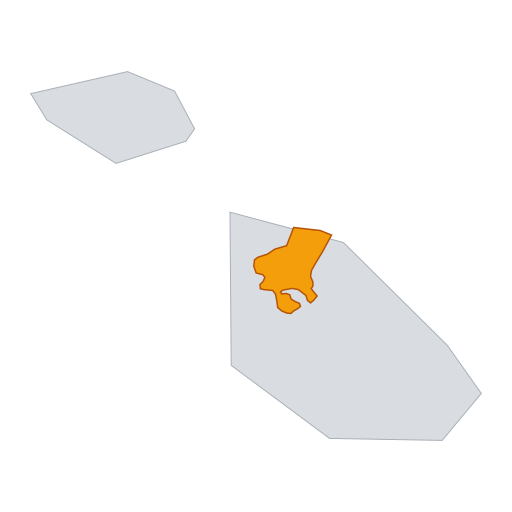 San Pawl il-Bahar on a map of Malta (Albers equal-area conic projection)
{"feature_id": "MLT-5926", "entity_name": "San Pawl il-Bahar", "entity_type": "state/province", "adm_level": 1, "iso_a3": "MLT", "parent_name": "Malta", "parent_adm1": "", "projection": "albers", "projection_center": [14.403, 35.938], "detail": "fine", "context": "in_parent", "style": "filled", "palette": "amber", "viewbox_px": 512, "rotation_deg": 0, "n_neighbors": 0, "source": "natural_earth", "source_scale": "10m", "svg_char_len": 994}
<svg xmlns="http://www.w3.org/2000/svg" viewBox="0 0 512 512"><path d="M481.3,393.4L442.2,440.4L329.5,438.4L231.2,365.4L230.0,212.2L343.4,242.5L447.1,345.1L481.3,393.4ZM185.9,141.2L116.0,163.4L46.8,119.9L30.7,93.6L127.5,71.6L174.6,91.1L194.6,128.8L185.9,141.2Z" fill="#d9dde1" stroke="#a8b0b8" stroke-width="1"/><path d="M293.7,227.5L320.2,230.5L331.5,235.1L322.6,251.6L315.3,263.6L311.5,270.4L310.5,276.4L312.9,282.0L312.9,286.2L311.2,288.4L312.9,290.9L317.1,296.0L313.6,300.3L310.5,302.9L307.4,300.3L306.0,295.6L302.9,293.1L298.4,289.6L292.2,288.4L282.8,290.1L280.4,292.2L281.8,293.9L286.3,293.5L289.8,294.8L291.1,299.0L295.3,301.6L299.4,303.3L300.5,306.3L298.1,308.4L293.6,311.0L290.8,313.5L287.0,313.1L281.8,311.0L277.7,307.6L277.0,302.0L275.6,294.3L272.8,290.5L264.2,289.6L260.4,288.8L260.0,284.5L263.1,281.5L264.9,277.3L262.8,274.7L256.2,273.0L253.8,266.2L254.5,259.8L258.0,257.2L267.3,254.2L274.9,249.1L286.6,245.7L293.7,227.5Z" fill="#f59e0b" stroke="#b45309" stroke-width="1.5"/></svg>